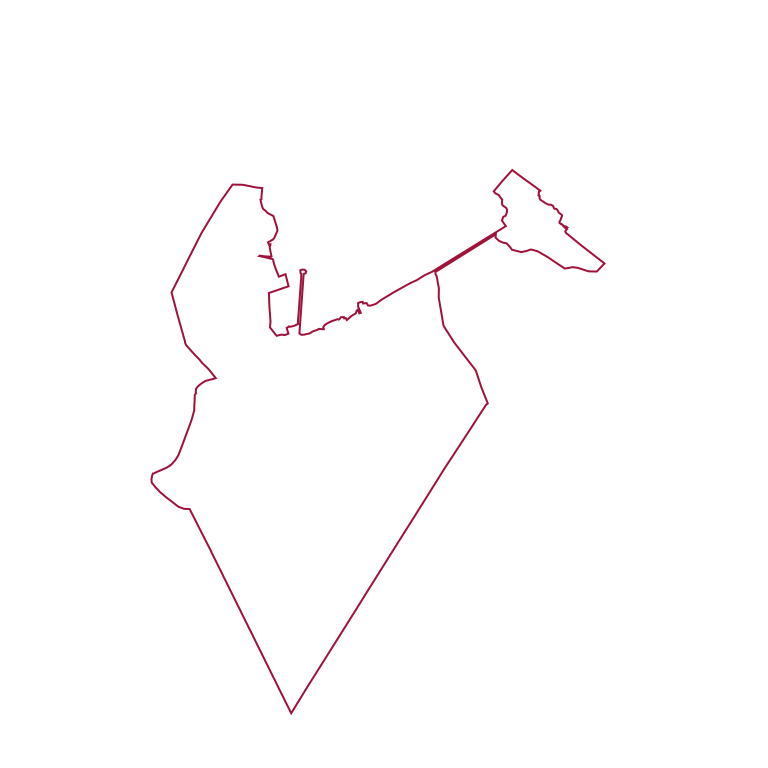 the district of Al Mansurah, `Adan, Yemen, rotated 242°
{"feature_id": "15242507B60312566406637", "entity_name": "Al Mansurah", "entity_type": "district", "adm_level": 2, "iso_a3": "YEM", "parent_name": "Yemen", "parent_adm1": "`Adan", "projection": "natural_earth1", "projection_center": [44.982, 12.841], "detail": "fine", "context": "isolated", "style": "outline", "palette": "rose", "viewbox_px": 768, "rotation_deg": 242, "n_neighbors": 0, "source": "geoboundaries", "source_scale": "gbopen_adm2", "svg_char_len": 5626}
<svg xmlns="http://www.w3.org/2000/svg" viewBox="0 0 768 768"><g transform="rotate(242 384 384)"><path d="M523.5,365.3L523.6,363.4L520.8,362.3L520.1,362.7L516.1,360.4L489.2,343.5L481.9,338.8L478.3,336.6L477.3,336.5L477.3,335.2L477.6,334.3L477.3,333.5L478.0,330.0L478.7,327.7L479.5,327.1L479.2,325.8L479.2,324.4L473.3,323.2L473.8,319.2L475.6,317.0L477.0,311.8L487.5,309.9L492.4,313.1L505.6,318.9L518.4,325.1L515.1,345.6L527.2,348.6L528.1,341.6L536.2,342.4L541.8,343.3L545.9,344.4L546.8,344.0L550.9,339.4L555.5,334.0L555.6,334.8L553.1,338.0L551.5,340.6L549.5,343.9L549.5,344.6L551.4,345.1L558.6,347.3L560.0,348.9L560.7,349.3L560.8,347.8L563.5,348.1L563.7,353.6L564.3,355.5L569.5,362.0L572.6,363.0L584.2,365.2L586.2,363.8L589.6,361.5L592.6,360.7L595.2,359.5L598.2,359.7L604.8,361.5L604.8,362.6L606.3,363.4L611.0,366.4L614.1,368.5L618.3,362.4L618.8,361.8L619.4,361.1L621.0,359.2L622.5,357.3L623.4,356.3L624.2,355.3L624.7,354.7L625.5,353.7L626.1,353.0L628.0,349.6L629.4,347.1L631.2,343.9L630.1,341.8L621.9,325.4L605.0,297.1L603.1,293.9L584.1,266.9L578.4,259.0L575.0,254.1L564.6,239.4L541.5,234.0L530.3,231.6L526.8,230.8L522.0,229.8L521.3,229.6L520.6,229.4L519.5,229.2L518.4,229.0L517.2,228.7L515.9,228.5L515.2,228.3L514.1,227.8L511.2,227.5L510.9,227.6L510.0,227.8L501.2,230.0L499.7,230.4L498.1,230.8L492.4,232.5L487.6,233.4L482.2,235.3L478.8,236.2L468.2,238.2L468.4,237.0L468.9,234.2L469.5,232.6L469.7,231.2L470.5,228.0L470.3,224.0L469.7,220.4L469.1,218.2L468.0,215.8L465.1,213.9L464.0,213.7L463.6,212.6L463.1,211.8L461.3,210.7L460.2,210.1L458.0,208.9L456.3,207.8L455.3,207.2L454.7,206.8L452.4,205.5L449.6,203.9L448.8,203.1L447.4,201.8L446.3,200.7L445.2,199.7L444.1,198.7L443.0,197.6L440.6,195.0L435.5,189.3L430.8,183.9L429.8,182.9L427.4,180.2L420.1,171.9L419.3,170.9L418.9,170.4L417.7,169.1L416.4,166.9L416.3,166.6L416.0,166.2L415.4,165.1L414.6,163.6L414.4,163.1L414.0,161.9L413.4,160.4L413.0,159.1L412.7,158.2L412.6,157.1L412.6,156.7L412.4,156.6L412.4,156.0L412.3,155.3L412.2,153.6L412.2,152.1L412.6,147.1L413.1,140.8L413.1,139.7L413.1,138.2L413.4,137.8L412.0,136.3L411.4,135.8L410.4,135.1L410.0,134.5L408.6,133.8L408.1,133.6L407.8,133.4L406.5,132.8L405.3,132.7L402.3,133.4L401.5,133.5L399.8,133.8L398.9,134.1L396.8,134.7L395.0,135.2L393.9,135.5L392.4,136.0L392.1,136.1L391.0,136.6L389.6,137.2L387.3,138.0L386.5,138.4L385.9,138.6L385.5,138.8L385.0,139.0L384.3,139.3L381.5,140.7L380.1,141.3L372.0,144.9L371.8,145.2L367.6,148.9L365.6,152.4L364.9,153.7L361.0,153.6L359.2,153.6L345.3,153.3L339.8,153.2L316.7,152.8L316.4,152.6L315.1,152.6L313.3,152.6L309.3,152.5L307.2,152.4L306.8,152.4L306.1,152.4L303.0,152.3L299.8,152.2L296.6,152.1L293.4,152.1L290.2,151.9L287.2,151.8L284.1,151.8L281.0,151.6L277.8,151.6L275.6,151.5L275.0,151.5L271.9,151.4L268.8,151.3L265.6,151.2L262.4,151.1L259.3,151.0L256.2,150.9L253.0,150.9L248.7,150.7L238.7,150.4L237.7,150.4L235.7,150.4L232.7,150.2L229.6,150.2L226.5,150.1L223.4,150.1L222.3,149.9L220.2,149.9L217.1,149.8L213.9,149.7L210.7,149.6L207.6,149.5L204.5,149.5L201.4,149.3L199.6,149.3L198.3,149.3L195.2,149.1L192.1,149.1L189.0,149.0L185.9,148.9L182.9,148.8L179.7,148.7L176.5,148.6L173.7,148.6L171.6,148.5L168.1,148.4L163.9,148.2L159.8,148.1L157.2,148.1L154.6,148.0L152.0,147.9L149.4,147.8L148.0,147.8L146.7,147.8L144.4,147.7L136.9,147.5L137.3,148.2L138.5,150.3L146.2,163.4L152.7,174.5L191.8,242.7L193.0,244.7L197.7,253.0L201.2,259.0L202.7,261.6L206.9,268.8L217.6,287.4L238.0,322.9L245.7,336.4L253.1,349.4L258.0,357.8L264.2,368.7L269.7,378.2L273.2,384.3L280.1,396.2L284.2,403.6L289.8,413.9L290.4,414.9L294.4,422.2L307.2,445.4L308.4,447.5L313.1,456.0L317.6,464.2L318.1,466.5L335.4,468.4L352.9,471.4L387.5,465.5L407.5,463.9L421.6,468.6L434.6,472.9L442.8,477.4L452.0,480.3L454.7,481.1L456.6,481.0L458.9,481.9L458.9,483.9L463.7,553.0L460.9,551.2L456.3,552.8L452.9,555.5L450.8,558.2L446.4,559.5L442.5,560.0L436.1,567.0L434.6,572.0L433.8,576.9L429.0,582.0L419.6,587.9L405.5,595.4L401.0,597.9L398.5,605.6L395.5,609.7L387.5,617.4L383.4,624.7L386.9,635.3L397.8,630.4L413.4,623.4L432.0,615.6L432.9,615.6L433.7,615.7L434.2,616.5L434.8,618.1L435.6,617.8L436.0,619.4L437.8,618.6L437.3,617.1L439.1,616.5L439.3,617.0L441.9,615.9L441.8,615.4L443.0,615.0L443.5,614.6L444.0,614.7L445.0,615.2L445.2,615.7L445.5,616.1L446.5,617.6L447.1,617.9L448.4,619.7L448.9,620.2L449.7,620.4L450.7,620.0L453.1,618.8L454.4,618.8L455.6,618.9L457.0,618.6L457.5,618.5L458.2,617.6L458.5,617.0L458.9,616.7L459.7,616.6L460.1,616.6L461.5,617.0L463.7,615.8L465.1,613.5L467.8,611.5L472.7,608.9L473.3,608.5L474.1,608.5L474.7,608.5L475.3,608.7L475.8,609.1L476.5,609.5L477.8,609.0L477.9,609.7L479.1,609.7L479.7,610.1L481.2,611.3L481.6,612.0L481.1,612.4L481.2,612.8L487.8,609.7L497.6,604.8L505.1,601.2L512.7,597.7L507.5,583.4L502.6,571.4L500.1,571.8L496.9,574.1L494.2,574.3L491.2,574.9L488.6,573.1L486.2,572.5L482.2,574.5L480.4,574.5L478.1,573.3L476.7,571.8L475.4,570.2L475.6,567.7L472.9,564.9L466.2,565.7L464.4,538.3L460.6,480.2L460.5,479.0L461.0,471.0L460.3,461.9L460.7,455.0L460.7,449.7L460.4,436.3L459.6,421.3L458.7,415.6L458.6,413.8L459.2,410.7L459.7,408.4L460.9,406.7L463.6,406.7L464.9,403.3L466.6,403.7L467.4,401.6L467.7,399.3L464.6,397.5L457.7,396.9L458.0,395.4L461.9,395.6L461.5,394.2L459.6,392.2L459.4,387.6L457.9,381.2L460.1,381.2L460.7,379.6L461.9,380.0L463.2,377.3L462.2,375.3L462.2,374.1L463.1,373.4L463.4,371.2L464.1,366.7L464.2,362.8L463.9,359.2L462.5,356.9L460.7,356.6L461.4,355.1L462.4,353.7L463.2,352.5L463.2,350.0L463.9,345.5L463.6,342.0L465.1,336.6L466.1,334.4L467.1,333.5L468.4,333.1L477.4,338.7L517.4,363.8L518.9,364.9L518.5,366.7L520.1,368.2L522.2,367.5L523.5,365.3Z" fill="none" stroke="#9f1239" stroke-width="2"/></g></svg>